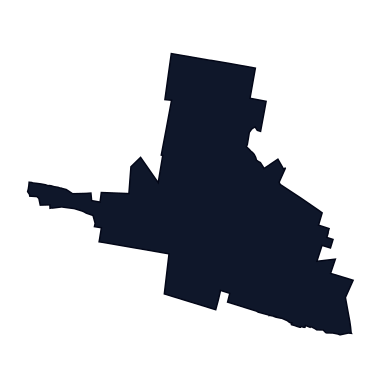 Segarcea, Dolj, Romania, rotated 182°
{"feature_id": "2599482B73363688740019", "entity_name": "Segarcea", "entity_type": "district", "adm_level": 2, "iso_a3": "ROU", "parent_name": "Romania", "parent_adm1": "Dolj", "projection": "albers", "projection_center": [23.75, 44.087], "detail": "fine", "context": "isolated", "style": "filled", "palette": "ink", "viewbox_px": 384, "rotation_deg": 182, "n_neighbors": 0, "source": "geoboundaries", "source_scale": "gbopen_adm2", "svg_char_len": 2021}
<svg xmlns="http://www.w3.org/2000/svg" viewBox="0 0 384 384"><g transform="rotate(182 192 192)"><path d="M217.5,329.6L219.9,306.8L222.3,283.4L215.6,283.0L219.8,255.0L224.0,227.8L222.5,227.6L226.1,200.1L244.6,224.8L253.9,215.1L255.0,188.2L282.6,188.3L283.5,178.7L292.0,179.9L293.0,187.4L297.7,186.9L304.3,186.5L311.3,186.1L315.3,188.6L317.8,190.1L321.5,190.9L323.1,191.4L323.9,191.3L325.9,192.0L330.0,192.5L333.0,193.3L334.7,193.5L336.2,193.3L338.6,194.1L343.2,194.8L347.3,195.2L351.6,195.5L352.4,195.9L355.1,196.1L355.3,192.6L355.7,189.3L356.3,186.6L354.3,183.9L354.0,182.2L346.8,182.0L344.8,180.2L343.2,173.6L333.6,174.2L333.3,170.8L332.2,171.1L331.6,171.1L330.8,171.1L321.3,172.6L320.7,172.4L309.0,171.3L301.0,169.1L299.0,168.3L297.0,167.2L290.1,165.1L287.7,157.3L288.3,154.0L281.3,153.1L282.5,143.5L282.5,143.3L283.1,139.0L278.8,138.5L212.8,129.4L216.1,89.2L164.2,75.2L162.0,84.8L160.4,92.8L160.2,94.7L150.8,92.1L150.7,91.9L152.6,83.2L123.4,75.2L121.6,74.2L110.3,71.6L110.4,71.3L109.9,71.4L105.0,70.6L104.5,70.5L104.9,70.2L103.6,69.8L98.8,69.0L97.7,68.9L92.2,66.7L91.0,65.8L90.3,65.3L88.9,64.6L88.0,64.9L87.4,64.7L87.8,64.0L88.1,63.2L88.0,62.9L84.2,62.0L82.9,61.5L79.5,60.6L78.8,60.6L78.3,61.5L75.7,60.7L74.4,60.7L74.0,62.6L69.2,60.9L68.9,61.4L67.9,61.4L64.3,59.7L62.5,58.6L56.1,58.7L53.5,56.2L52.7,55.9L46.5,56.0L41.4,55.2L39.1,54.4L30.8,56.5L27.7,56.3L28.1,57.1L28.8,62.5L29.8,68.1L35.0,91.9L27.9,109.4L50.7,115.5L46.4,129.9L64.8,127.1L60.2,143.2L51.7,140.9L49.4,149.5L55.7,151.3L54.5,155.8L54.8,155.9L53.7,160.2L64.4,163.3L61.2,175.7L64.9,178.2L83.1,189.8L104.1,202.6L105.3,204.8L99.6,218.8L99.8,219.1L101.3,218.1L107.3,227.8L120.8,218.0L120.9,218.3L124.7,223.8L126.6,224.7L128.7,226.1L129.6,228.9L131.2,231.8L133.0,233.7L134.6,234.8L136.1,236.4L139.3,239.2L138.4,241.2L137.6,247.1L136.8,253.6L134.8,256.6L133.9,257.6L131.2,259.2L128.9,255.9L125.6,255.0L122.6,274.9L121.1,285.2L137.3,287.7L133.0,318.0L160.0,321.9L177.2,324.2L179.1,324.3L217.5,329.6Z" fill="#0f172a" stroke="#020617" stroke-width="1.5"/></g></svg>